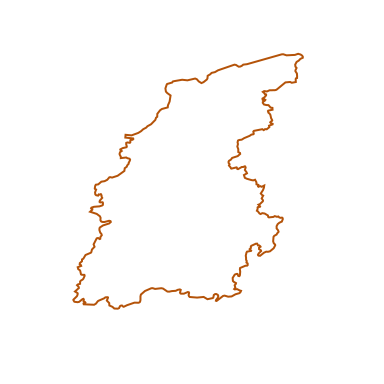 map outline of Nizhegorod (Robinson projection), rotated 344°
{"feature_id": "RUS-2357", "entity_name": "Nizhegorod", "entity_type": "Region", "adm_level": 1, "iso_a3": "RUS", "parent_name": "Russia", "parent_adm1": "", "projection": "robinson", "projection_center": [44.77, 56.28], "detail": "fine", "context": "isolated", "style": "outline", "palette": "amber", "viewbox_px": 384, "rotation_deg": 344, "n_neighbors": 0, "source": "natural_earth", "source_scale": "10m", "svg_char_len": 6019}
<svg xmlns="http://www.w3.org/2000/svg" viewBox="0 0 384 384"><g transform="rotate(344 192 192)"><path d="M239.9,272.1L238.4,271.5L238.1,270.9L238.1,270.5L239.2,269.4L242.2,267.8L242.2,267.1L240.7,265.4L241.1,264.0L242.8,263.5L242.7,263.0L241.8,261.8L240.7,261.5L240.4,259.6L239.2,259.3L234.1,260.1L233.5,260.7L233.2,262.0L231.7,262.8L232.7,264.7L232.5,264.9L228.5,264.5L227.7,265.2L226.1,268.1L225.9,269.9L225.3,272.1L225.6,273.5L224.9,274.8L225.8,276.0L225.4,277.6L224.7,278.0L223.0,277.6L217.3,278.3L216.7,279.5L216.4,281.8L215.4,284.5L214.9,285.5L214.3,285.9L213.4,285.5L213.1,283.3L212.1,283.0L210.3,283.2L207.4,285.8L206.8,288.8L207.5,290.0L209.2,291.7L208.8,292.4L207.3,293.4L207.3,295.9L205.8,296.9L206.2,297.4L208.6,297.8L210.6,299.7L211.9,300.5L211.2,301.4L209.8,302.3L205.6,302.3L201.3,303.3L197.9,302.6L194.8,300.6L193.2,300.5L185.6,303.5L185.0,303.1L185.3,302.5L187.6,300.8L188.6,299.3L188.4,297.9L187.1,296.7L186.1,296.5L184.6,297.0L183.4,299.3L182.7,299.7L177.3,299.3L174.3,296.1L167.8,294.9L160.9,292.3L160.4,291.5L160.3,290.2L161.4,288.2L161.3,287.5L160.4,287.0L156.1,287.5L153.4,286.7L153.0,286.4L152.7,285.5L154.2,283.0L153.5,282.3L151.3,282.1L149.1,282.5L145.4,281.7L142.6,281.5L140.9,280.9L137.5,276.8L135.9,276.0L129.8,275.0L127.7,273.6L126.3,273.3L119.5,274.2L114.6,276.5L113.7,278.1L112.7,281.6L111.8,283.2L111.1,283.6L110.0,283.7L106.2,282.5L98.4,282.9L94.8,283.5L94.4,283.4L93.4,281.8L92.4,281.6L91.3,281.9L89.9,283.5L88.5,283.7L85.2,282.6L83.9,280.5L81.3,278.3L81.8,275.9L80.2,272.9L82.1,270.5L82.2,270.2L81.7,269.8L79.7,269.4L78.2,270.0L72.6,270.7L71.4,271.0L68.8,272.9L66.8,273.4L57.0,270.1L57.0,269.4L59.0,268.8L58.9,268.4L57.6,267.4L58.4,265.5L58.2,264.8L57.2,264.8L53.2,266.5L51.7,266.4L49.1,265.3L48.6,264.9L48.2,263.3L48.3,262.8L52.6,260.5L53.3,259.7L54.1,258.4L54.1,257.6L52.1,255.4L56.8,253.1L56.9,252.0L55.8,249.9L56.8,249.4L59.1,249.4L59.8,247.2L60.6,246.6L62.8,246.0L63.7,245.4L65.7,243.0L65.7,242.0L63.3,241.2L62.6,240.6L62.8,237.1L62.7,236.4L61.4,234.8L61.4,232.8L65.1,232.5L65.0,231.5L64.1,230.6L64.6,229.4L67.1,228.3L67.7,226.5L69.1,226.2L72.3,223.2L78.0,222.5L78.6,222.1L80.0,219.7L83.2,217.8L83.0,215.2L87.6,210.3L89.0,210.3L90.3,211.8L90.9,211.7L91.6,210.0L93.4,208.6L93.3,207.1L92.6,205.8L92.5,203.0L93.1,201.3L93.7,200.7L97.3,199.6L103.7,199.4L105.7,198.4L105.6,197.5L104.4,196.8L99.5,196.7L97.4,196.0L96.5,195.2L96.2,193.8L97.0,191.6L96.8,190.0L94.4,186.8L88.6,182.9L91.2,181.6L91.5,181.1L90.8,180.5L90.5,179.8L91.1,179.3L93.7,179.2L99.1,180.3L101.9,180.2L102.8,179.8L103.4,178.0L103.2,177.2L100.9,176.7L100.4,176.0L101.1,174.8L104.1,172.9L103.8,171.6L104.1,170.6L104.0,169.3L103.8,168.9L102.6,169.1L101.7,168.6L100.7,169.6L99.0,168.7L98.4,167.7L98.7,165.7L100.5,163.2L99.5,162.2L99.5,161.8L100.6,159.5L101.5,158.5L104.0,158.8L107.7,157.1L111.0,157.5L113.9,156.9L116.6,155.1L117.5,155.2L119.2,156.1L125.0,155.9L132.8,153.1L133.9,150.6L136.3,149.7L137.0,148.6L138.9,147.4L139.1,146.6L140.9,144.7L141.4,143.8L141.1,142.8L139.2,141.7L138.3,140.7L132.9,139.8L133.3,138.5L132.8,136.1L132.9,135.3L133.8,133.9L135.7,133.2L134.7,131.6L134.8,131.3L137.5,130.7L141.4,130.9L141.9,130.2L141.9,127.8L142.4,126.6L143.7,126.6L145.8,127.6L146.5,127.1L146.8,125.7L147.2,125.1L149.3,125.4L150.2,124.9L150.2,124.3L142.9,121.3L143.9,118.7L149.5,120.9L156.6,120.4L159.8,119.5L162.4,118.2L165.7,117.5L167.3,116.5L171.3,115.6L176.6,112.6L177.9,110.7L179.3,110.1L180.2,107.3L183.9,104.6L186.0,103.9L192.0,104.0L192.8,102.0L195.4,98.9L198.0,93.3L195.5,90.1L194.6,88.3L195.0,85.1L197.2,81.9L197.9,81.3L203.1,81.3L204.0,80.5L205.2,80.5L213.5,81.4L218.4,83.4L226.3,83.8L227.7,84.9L229.0,87.6L231.1,89.9L233.3,89.6L237.2,88.0L238.1,87.2L239.1,84.6L241.9,83.9L243.7,82.9L247.1,83.1L250.5,82.2L267.9,81.3L269.3,82.0L271.4,84.4L272.8,84.7L274.5,84.5L276.4,83.7L280.1,84.3L316.0,84.4L317.6,84.7L320.6,86.7L328.8,88.6L332.1,88.4L334.3,89.8L335.5,91.3L335.8,92.6L335.5,93.5L332.9,93.9L330.9,95.1L328.4,95.8L326.3,98.0L326.0,100.0L326.7,101.6L325.0,103.5L324.7,104.4L325.5,107.0L325.0,109.5L324.4,111.4L323.3,111.4L322.8,112.0L322.1,114.9L318.0,114.5L316.7,113.3L312.0,112.4L301.4,117.0L299.7,117.0L294.7,115.6L291.8,116.0L289.2,114.9L287.7,115.3L288.8,117.0L289.1,118.2L290.0,118.5L290.1,119.0L289.8,119.6L287.8,120.9L285.5,121.6L285.3,122.8L285.5,123.2L287.3,123.0L287.9,123.7L287.3,124.2L284.9,125.0L284.6,125.8L285.3,127.7L287.4,128.9L289.5,129.6L290.8,132.5L292.5,133.3L292.1,135.1L287.7,134.8L287.3,135.1L287.3,136.8L288.2,138.1L288.6,139.4L288.4,142.8L288.9,145.2L288.3,145.8L287.0,146.1L286.4,146.6L286.8,147.5L288.3,148.7L288.1,149.2L284.3,149.5L284.2,151.0L281.1,152.3L279.6,151.7L278.0,152.3L276.9,151.0L268.4,150.3L267.6,150.8L267.4,153.1L266.9,153.4L264.9,153.2L262.9,153.9L257.0,154.6L254.2,155.4L251.7,155.0L250.4,155.2L249.5,156.8L249.4,158.6L248.1,160.8L248.3,163.5L247.5,166.4L248.9,167.7L248.8,168.7L245.8,170.1L240.0,170.3L238.3,171.6L236.2,172.2L235.5,172.9L235.2,174.1L235.8,175.6L234.8,176.7L235.9,179.1L236.0,180.1L236.4,180.4L241.6,180.6L241.8,180.8L241.9,182.3L242.5,182.7L246.7,181.7L248.4,182.1L249.5,181.8L250.2,182.1L250.3,183.3L248.9,185.4L249.9,188.1L250.0,189.2L246.6,190.0L246.7,192.9L248.4,194.4L252.4,196.9L254.0,197.7L256.0,197.6L256.6,200.4L256.1,202.4L257.7,203.4L257.0,204.7L257.3,205.3L259.1,205.1L260.4,206.2L263.2,205.7L262.3,207.7L260.7,209.8L257.7,212.4L258.6,214.3L259.4,215.1L257.2,217.4L257.8,219.0L257.9,219.8L257.5,220.5L253.8,222.4L252.4,222.5L253.5,224.6L253.1,225.0L251.4,224.6L250.8,224.9L250.5,226.2L249.2,227.9L250.0,228.8L251.0,231.3L251.9,232.1L253.7,231.7L255.9,232.7L258.5,235.5L258.4,237.0L258.9,237.6L263.4,238.4L264.9,238.0L266.9,239.3L268.2,239.3L268.9,240.5L269.9,241.2L271.4,241.4L271.8,241.7L271.9,242.4L271.8,243.1L270.2,245.2L267.6,245.6L265.5,246.5L263.9,248.2L263.3,250.4L264.1,252.2L264.3,253.9L264.0,254.4L262.5,255.2L261.6,256.2L259.0,256.8L258.0,257.6L256.4,261.8L256.5,263.9L257.4,265.4L257.3,266.2L255.0,268.6L250.6,270.5L248.5,270.4L246.9,269.8L244.4,270.2L239.9,272.1Z" fill="none" stroke="#b45309" stroke-width="2"/></g></svg>